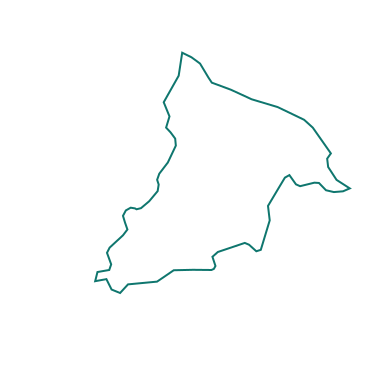 Kupe-Manenguba, Sud-Ouest, Cameroon (Mercator projection), rotated 46°
{"feature_id": "32672807B45405319599490", "entity_name": "Kupe-Manenguba", "entity_type": "district", "adm_level": 2, "iso_a3": "CMR", "parent_name": "Cameroon", "parent_adm1": "Sud-Ouest", "projection": "mercator", "projection_center": [9.612, 5.042], "detail": "fine", "context": "isolated", "style": "outline", "palette": "teal", "viewbox_px": 384, "rotation_deg": 46, "n_neighbors": 0, "source": "geoboundaries", "source_scale": "gbopen_adm2", "svg_char_len": 1020}
<svg xmlns="http://www.w3.org/2000/svg" viewBox="0 0 384 384"><g transform="rotate(46 192 192)"><path d="M283.8,94.4L290.6,90.0L296.4,82.9L299.0,76.0L283.7,79.6L268.6,76.7L261.9,71.6L260.7,65.3L229.6,60.4L217.9,61.2L190.4,71.4L166.7,84.7L145.4,93.0L127.1,101.8L125.5,101.5L121.2,100.7L105.2,97.0L94.7,98.8L85.0,102.3L99.1,120.8L107.8,150.0L122.0,155.7L127.7,165.9L134.2,166.0L141.9,167.0L147.4,171.4L154.0,188.9L156.1,202.8L159.0,208.6L163.5,210.8L167.5,216.1L168.9,229.2L168.2,239.9L165.9,243.9L164.2,244.4L160.7,247.0L159.3,252.4L161.2,258.2L167.4,261.4L174.1,264.5L175.2,271.7L174.8,289.9L176.7,295.4L187.9,300.4L190.6,305.7L183.9,315.6L188.9,323.6L195.2,314.1L206.3,317.6L214.7,313.9L214.0,302.2L232.2,279.4L235.6,259.5L248.6,245.4L261.6,232.2L262.5,229.7L261.5,226.5L252.8,222.3L253.1,215.1L265.3,189.4L269.5,187.6L279.3,186.9L281.4,182.7L266.4,155.8L254.8,147.0L249.2,126.4L246.2,115.2L247.5,110.2L258.7,111.9L262.9,110.2L270.3,97.5L273.7,94.4L283.8,94.4Z" fill="none" stroke="#0f766e" stroke-width="2"/></g></svg>